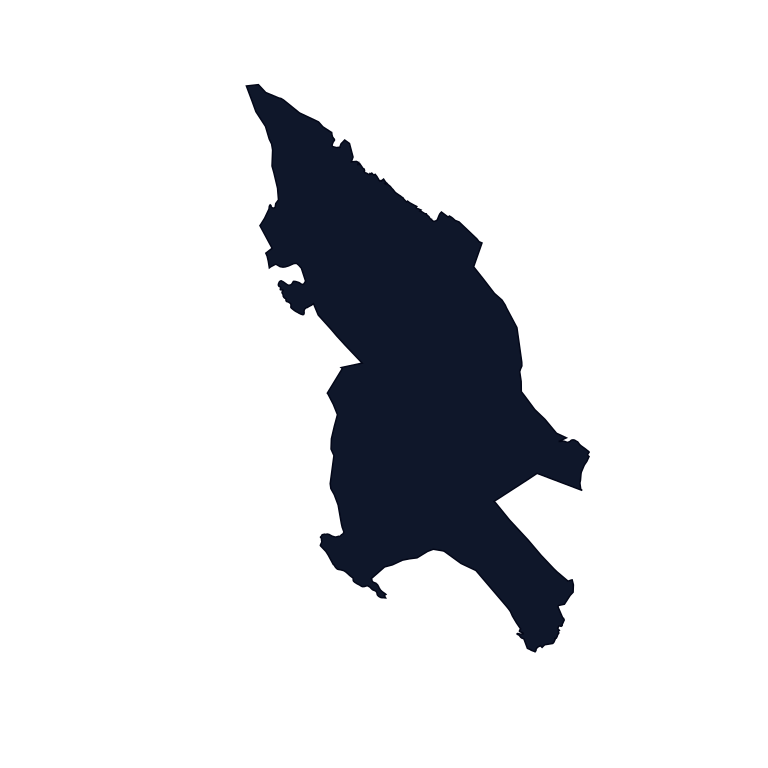 Oxchuc, Chiapas, Mexico, rotated 219°
{"feature_id": "50627088B29165563245458", "entity_name": "Oxchuc", "entity_type": "district", "adm_level": 2, "iso_a3": "MEX", "parent_name": "Mexico", "parent_adm1": "Chiapas", "projection": "albers", "projection_center": [-92.342, 16.796], "detail": "fine", "context": "isolated", "style": "filled", "palette": "ink", "viewbox_px": 768, "rotation_deg": 219, "n_neighbors": 0, "source": "geoboundaries", "source_scale": "gbopen_adm2", "svg_char_len": 6132}
<svg xmlns="http://www.w3.org/2000/svg" viewBox="0 0 768 768"><g transform="rotate(219 384 384)"><path d="M248.1,218.8L250.7,219.8L250.1,221.7L250.9,221.7L251.9,221.7L252.6,221.6L255.0,221.5L257.1,221.7L257.9,221.9L259.0,222.4L260.0,222.6L260.4,223.0L261.9,223.6L262.6,223.9L263.1,223.9L263.5,224.0L264.2,223.9L264.8,224.1L266.7,223.5L267.2,223.2L268.8,223.3L269.7,223.7L270.4,224.4L271.1,224.7L271.4,224.7L268.4,242.2L263.6,248.8L258.8,258.7L254.2,264.2L248.9,269.7L244.8,281.3L241.7,286.6L233.4,291.3L232.0,291.9L211.2,293.0L195.2,296.9L149.0,288.3L145.7,287.6L142.5,286.7L138.2,284.5L130.9,281.8L123.6,279.6L123.7,278.6L123.5,277.7L123.2,277.1L122.5,277.0L121.6,277.3L119.6,277.9L119.3,277.9L118.6,277.5L118.9,276.9L120.6,275.4L123.1,274.3L123.4,273.7L123.2,273.4L122.2,273.5L121.0,273.8L120.2,273.7L119.2,273.4L118.1,273.2L116.8,273.3L115.5,273.8L114.8,273.9L106.2,268.8L103.3,269.6L102.1,269.7L99.6,270.5L98.9,271.0L98.1,270.9L98.1,272.4L98.3,272.5L99.0,274.0L99.0,276.0L98.2,278.0L97.7,279.0L95.4,278.8L95.0,282.6L94.7,282.8L89.6,288.5L89.5,289.3L89.5,290.4L90.3,293.3L91.1,293.8L90.4,294.4L90.2,294.8L90.2,295.2L90.5,295.9L90.4,296.3L90.6,296.9L91.2,298.4L91.4,300.5L91.5,300.6L92.3,301.1L93.1,301.8L92.7,302.9L95.1,303.3L95.9,305.9L95.9,306.1L95.6,306.3L93.8,307.2L93.5,308.4L94.1,309.0L95.4,314.0L97.0,314.9L98.1,314.8L107.6,319.8L108.7,320.5L109.0,321.7L105.2,326.4L106.3,336.8L106.0,341.2L110.4,347.1L114.5,350.2L115.1,349.5L116.9,346.6L131.3,346.9L135.8,347.3L153.9,349.7L174.1,353.5L200.8,357.3L222.1,361.8L224.6,362.0L211.9,400.9L208.8,410.9L163.0,426.0L164.9,426.1L168.9,429.8L169.6,430.6L170.7,432.8L174.5,438.4L175.2,439.8L177.3,447.0L177.7,451.7L179.0,456.7L180.2,456.7L181.0,457.0L181.4,457.5L181.6,459.0L181.6,460.0L181.9,460.3L186.5,460.3L191.9,460.0L193.9,460.1L197.0,460.9L199.8,460.4L200.5,460.4L201.9,459.6L202.6,458.9L203.0,458.3L203.2,457.5L203.1,456.8L203.3,456.4L203.6,456.0L204.1,454.8L204.7,454.1L205.3,453.8L207.5,453.1L208.5,452.6L211.3,449.8L212.2,449.1L208.4,456.9L219.0,454.3L236.5,457.8L250.7,459.0L267.4,463.3L272.5,464.5L277.4,470.4L279.1,472.4L286.3,479.0L287.3,481.5L288.2,484.8L290.7,487.7L316.2,511.5L336.7,520.2L339.4,521.6L345.1,523.5L355.2,523.9L372.4,528.0L388.1,531.5L396.6,555.3L399.8,554.4L402.9,555.2L427.7,557.2L431.6,555.9L435.1,556.1L437.0,556.0L438.9,555.7L439.2,554.1L447.6,553.8L447.7,551.4L447.3,549.6L445.9,545.1L446.2,543.8L447.0,542.4L448.0,541.5L450.5,541.5L450.7,541.9L451.8,541.5L453.1,541.8L454.3,542.3L457.0,542.4L458.3,542.9L459.4,542.1L463.7,541.6L465.0,541.1L464.8,542.5L467.6,541.7L468.8,541.1L470.1,541.2L470.2,542.6L472.8,542.0L478.3,541.0L480.8,541.0L481.1,539.6L485.2,540.2L486.6,540.7L487.9,540.4L489.4,540.5L491.0,540.3L495.1,540.0L496.5,540.1L499.4,540.8L500.8,540.9L503.4,541.5L506.3,541.5L508.0,541.8L508.0,540.4L509.5,540.2L509.1,541.8L510.5,542.1L513.3,543.0L513.6,541.5L513.7,540.1L514.4,540.2L514.7,539.0L516.1,539.3L520.1,540.8L522.8,541.4L523.4,540.0L524.8,540.0L526.2,540.2L526.3,538.7L527.4,538.8L527.3,537.4L528.7,537.1L530.2,536.9L531.5,536.3L532.1,536.4L533.4,536.8L533.3,537.5L534.6,538.6L535.9,538.3L541.3,539.9L541.4,539.0L542.7,540.0L542.8,538.6L543.9,540.0L545.6,539.6L549.2,536.1L550.9,540.9L562.2,549.2L568.1,548.9L568.3,546.5L568.3,545.7L568.5,544.6L568.5,544.1L568.5,543.5L567.6,540.9L567.0,540.4L567.1,540.0L567.7,539.7L568.7,539.0L568.8,538.6L569.9,537.7L570.4,537.5L572.4,536.6L573.2,536.3L573.9,536.4L574.7,536.9L575.7,539.8L575.9,542.3L576.5,542.9L576.9,543.1L577.5,543.0L578.4,543.4L578.9,543.3L581.1,544.8L583.0,546.6L583.7,546.4L593.4,545.4L599.8,546.5L620.3,541.5L640.7,541.5L643.7,541.1L645.7,540.1L659.4,536.1L670.0,537.6L678.5,529.0L664.5,520.8L654.9,515.0L638.2,509.6L627.3,502.1L622.4,499.8L617.8,495.7L608.2,482.9L602.7,479.0L590.0,469.2L581.9,460.7L581.7,456.1L579.9,453.0L580.0,452.1L580.3,451.3L581.9,450.5L583.3,450.8L584.2,451.6L585.2,451.6L585.2,450.8L584.9,449.8L583.5,447.6L581.1,437.7L580.3,431.3L580.1,429.0L556.4,419.1L558.2,411.3L555.3,409.8L551.2,406.6L546.2,402.1L545.8,403.8L543.7,408.7L543.6,408.9L542.7,409.2L538.6,409.8L536.1,411.2L534.5,412.8L532.5,415.7L529.9,420.8L527.9,422.7L525.1,422.7L521.1,422.0L509.7,414.6L509.3,411.5L509.5,410.6L510.3,409.9L511.6,409.5L513.0,409.5L514.1,409.3L517.1,408.1L518.5,407.2L519.0,406.7L519.0,406.4L518.8,405.9L518.6,403.6L518.8,402.5L519.5,401.5L520.3,400.7L521.6,400.3L526.5,400.0L528.9,399.5L529.4,398.7L529.6,397.6L529.3,396.3L528.9,395.1L528.3,394.3L527.1,393.8L525.3,394.1L524.7,393.7L524.4,392.5L524.0,392.1L523.2,392.3L522.4,393.3L521.4,393.5L521.1,393.2L521.3,392.0L520.9,391.0L520.4,390.6L518.9,390.1L518.5,389.8L517.6,388.8L516.3,388.3L515.3,388.2L514.6,388.4L513.8,388.4L512.5,387.0L511.8,386.9L511.2,386.9L510.3,387.4L509.2,387.6L508.1,387.7L507.1,387.6L506.6,387.4L505.8,386.6L504.7,385.0L503.8,384.7L499.9,384.7L497.5,385.0L496.0,385.4L495.2,385.4L492.2,386.1L491.4,386.5L490.8,386.7L490.2,387.4L490.3,388.0L490.7,388.9L492.0,390.3L492.5,391.2L492.8,392.2L492.4,394.5L491.8,395.0L491.1,397.1L489.9,399.7L489.4,402.1L478.5,396.2L459.5,393.2L451.0,391.6L438.4,389.7L414.1,386.5L427.6,369.8L426.1,369.8L422.3,341.2L421.1,340.9L410.6,336.3L400.9,330.9L397.9,324.2L396.1,320.1L390.4,308.3L384.2,300.1L377.9,296.9L363.1,272.7L359.5,269.3L353.0,266.7L343.5,261.1L329.3,248.7L326.4,246.4L321.9,243.7L321.6,241.4L322.2,240.0L322.2,238.5L322.3,238.1L322.5,237.8L323.5,237.0L325.0,234.9L325.7,234.3L328.7,233.1L332.1,232.5L333.8,231.6L334.5,230.5L335.7,229.9L337.0,228.2L337.2,227.7L336.9,226.6L337.0,225.1L336.7,224.8L335.3,224.7L334.4,223.4L333.4,222.7L332.8,221.7L332.0,218.6L331.5,218.3L323.8,217.3L319.6,215.9L309.8,211.8L308.9,211.9L306.3,211.0L304.5,210.8L303.7,210.8L302.5,211.3L301.0,212.2L298.3,213.4L297.4,213.7L295.1,213.9L289.8,213.6L286.1,213.7L285.2,213.2L284.7,212.3L283.6,211.6L282.0,211.5L279.2,211.8L276.5,212.4L274.2,212.6L273.1,213.0L271.8,214.2L270.4,216.3L270.0,216.8L267.1,217.3L265.0,217.0L263.4,216.9L262.3,217.2L260.5,217.8L259.6,217.8L258.2,217.4L257.3,216.5L256.4,215.9L254.7,215.6L253.2,215.8L252.0,216.1L251.1,216.6L250.2,217.3L250.0,217.6L248.9,218.2L248.1,218.8Z" fill="#0f172a" stroke="#020617" stroke-width="1.5"/></g></svg>